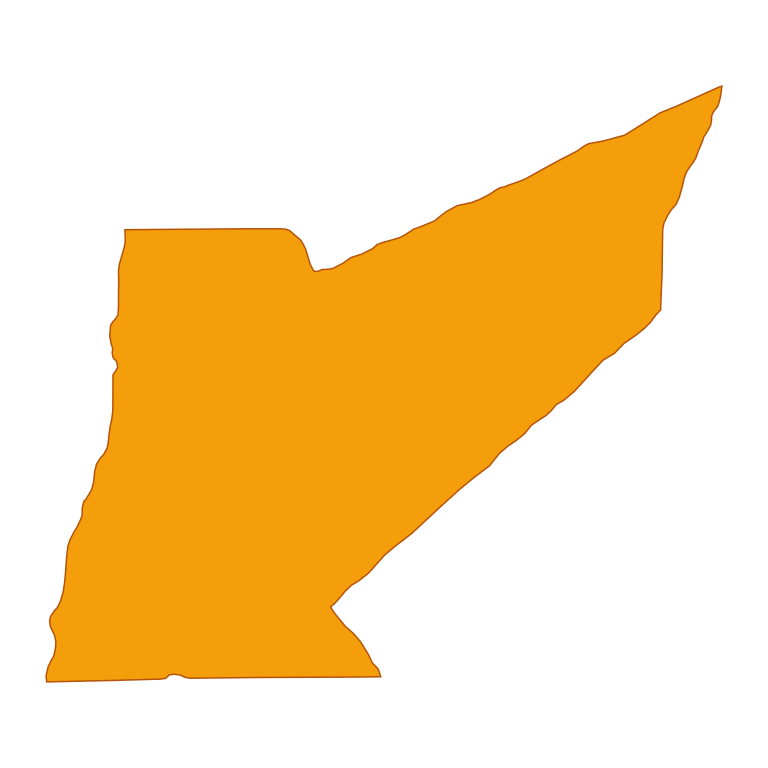 Okano, Wouleu-Ntem, Gabon
{"feature_id": "22940354B24104320747688", "entity_name": "Okano", "entity_type": "district", "adm_level": 2, "iso_a3": "GAB", "parent_name": "Gabon", "parent_adm1": "Wouleu-Ntem", "projection": "equal_earth", "projection_center": [11.511, 0.744], "detail": "fine", "context": "isolated", "style": "filled", "palette": "amber", "viewbox_px": 768, "rotation_deg": 0, "n_neighbors": 0, "source": "geoboundaries", "source_scale": "gbopen_adm2", "svg_char_len": 2646}
<svg xmlns="http://www.w3.org/2000/svg" viewBox="0 0 768 768"><path d="M46.1,676.1L46.7,681.9L114.7,680.4L160.2,679.1L165.6,678.4L169.3,674.9L174.0,674.2L180.4,675.1L184.6,677.2L190.0,678.2L258.0,677.5L363.3,677.0L380.7,676.7L380.0,674.5L378.2,669.1L372.2,662.7L368.6,654.9L360.6,641.8L353.5,633.6L345.2,626.2L336.1,615.1L332.6,610.3L330.6,606.9L334.9,603.2L340.6,596.8L345.1,591.3L351.3,585.3L358.8,580.8L368.8,572.8L384.7,555.0L394.8,546.5L411.9,533.3L439.3,507.8L459.1,489.8L473.8,477.7L483.5,470.3L489.5,465.8L496.2,457.4L499.2,453.6L507.6,446.3L516.0,440.6L524.5,433.8L531.4,425.2L538.6,420.3L546.0,415.5L550.8,411.1L556.3,404.5L563.7,400.3L574.5,391.2L593.3,370.6L602.9,360.3L608.1,357.1L614.4,353.4L623.8,343.6L636.0,335.1L644.5,328.3L650.4,322.3L656.2,314.6L660.6,310.0L661.2,293.6L661.7,282.8L662.1,272.8L662.3,255.1L662.7,229.5L663.9,223.1L667.8,215.2L671.1,210.0L675.9,204.7L679.3,197.2L682.7,185.0L684.1,178.4L686.7,171.7L690.1,166.4L693.2,162.4L695.9,157.8L698.4,150.7L701.5,143.7L703.9,136.8L707.3,131.5L710.6,125.4L711.4,121.2L711.7,115.9L713.1,112.4L718.0,105.9L720.0,98.8L721.3,91.3L721.9,86.1L718.7,87.2L707.3,92.3L693.3,98.6L675.8,106.5L660.2,112.8L643.0,123.7L624.6,135.2L603.1,141.0L588.5,143.7L583.5,146.5L577.0,151.1L560.9,159.4L545.6,167.7L524.7,179.3L514.8,183.1L508.8,185.0L504.1,187.0L500.4,187.6L495.5,190.3L489.6,194.3L479.0,199.7L471.7,202.5L464.0,204.2L457.1,205.7L451.9,208.5L446.3,211.6L439.0,217.2L434.8,220.8L426.4,224.3L420.1,226.9L413.6,229.2L408.8,232.4L403.9,235.5L398.9,237.9L392.4,239.8L382.6,242.5L377.3,244.5L372.3,248.8L361.6,254.2L351.1,257.5L342.6,263.4L332.7,268.5L327.4,269.3L322.2,269.5L317.9,271.3L314.4,271.4L313.0,269.8L310.6,265.0L309.0,260.5L307.6,255.7L305.8,249.6L303.6,245.0L300.8,240.2L294.0,234.4L289.6,230.5L285.2,229.1L279.6,228.8L275.4,228.8L273.6,228.8L245.3,228.8L151.7,229.5L124.9,229.7L125.2,237.1L125.2,242.4L124.0,248.2L121.7,256.2L119.4,264.1L118.5,270.0L118.7,281.4L118.5,294.1L118.5,307.0L118.0,314.8L116.1,318.1L113.2,321.4L110.5,325.5L109.8,336.4L111.3,344.2L112.7,348.3L112.2,353.4L113.3,358.0L116.7,361.6L117.7,367.6L115.7,370.8L113.0,374.8L112.9,398.2L112.8,411.0L111.8,419.1L110.0,427.3L109.0,434.8L108.1,443.4L107.0,448.3L104.0,453.9L99.9,458.7L96.5,464.2L94.7,471.3L94.1,477.6L93.4,483.3L91.4,490.2L86.3,498.6L83.9,501.4L82.3,507.7L82.1,515.5L80.4,520.0L77.4,526.3L73.4,533.1L69.8,540.3L67.8,546.6L66.6,557.4L65.6,571.9L64.6,582.6L63.2,591.9L60.6,600.9L57.4,607.6L54.7,610.3L50.5,616.6L49.6,620.8L50.3,626.2L51.8,629.8L54.5,635.1L55.9,641.8L55.5,648.0L53.8,655.9L50.9,661.0L48.1,666.9L46.1,675.6L46.1,676.1Z" fill="#f59e0b" stroke="#b45309" stroke-width="1.5"/></svg>